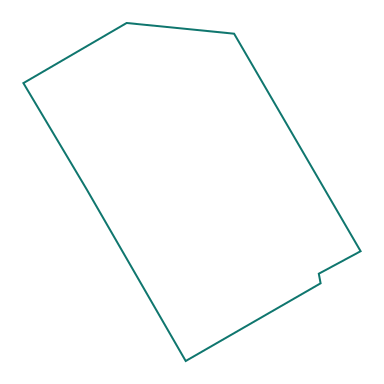 the district of Limestone, Texas, United States of America
{"feature_id": "52423323B48911079087514", "entity_name": "Limestone", "entity_type": "district", "adm_level": 2, "iso_a3": "USA", "parent_name": "United States of America", "parent_adm1": "Texas", "projection": "orthographic", "projection_center": [-96.581, 31.518], "detail": "fine", "context": "isolated", "style": "outline", "palette": "teal", "viewbox_px": 384, "rotation_deg": 0, "n_neighbors": 0, "source": "geoboundaries", "source_scale": "gbopen_adm2", "svg_char_len": 229}
<svg xmlns="http://www.w3.org/2000/svg" viewBox="0 0 384 384"><path d="M86.7,189.4L185.7,361.0L320.6,283.3L318.8,273.7L360.6,251.2L234.1,33.7L126.6,23.0L23.4,83.1L86.7,189.4Z" fill="none" stroke="#0f766e" stroke-width="2"/></svg>